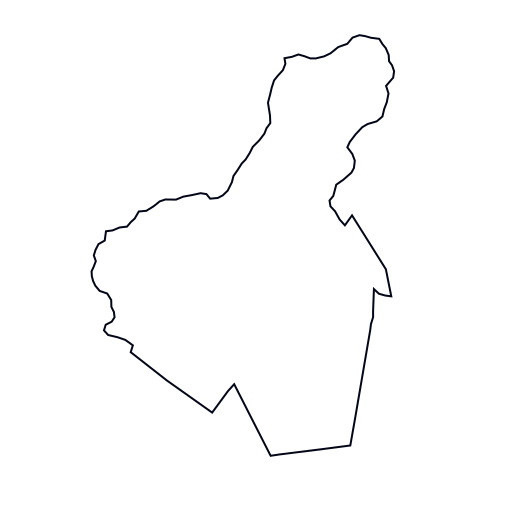 Novo Triunfo, Bahia, Brazil (Robinson projection), rotated 81°
{"feature_id": "56859067B45610866333733", "entity_name": "Novo Triunfo", "entity_type": "district", "adm_level": 2, "iso_a3": "BRA", "parent_name": "Brazil", "parent_adm1": "Bahia", "projection": "robinson", "projection_center": [-38.496, -10.365], "detail": "fine", "context": "isolated", "style": "outline", "palette": "ink", "viewbox_px": 512, "rotation_deg": 81, "n_neighbors": 0, "source": "geoboundaries", "source_scale": "gbopen_adm2", "svg_char_len": 1714}
<svg xmlns="http://www.w3.org/2000/svg" viewBox="0 0 512 512"><g transform="rotate(81 256 256)"><path d="M334.7,149.9L328.9,149.0L307.1,144.7L312.5,140.5L315.2,134.7L317.0,128.7L289.4,129.8L256.6,143.8L230.9,154.8L239.6,163.4L233.0,167.7L224.2,170.9L218.6,174.7L212.7,174.7L208.8,170.3L203.7,168.0L198.1,165.6L194.5,158.1L188.6,148.7L184.4,145.5L177.3,143.5L170.3,144.9L162.9,148.8L158.0,145.5L151.4,138.6L145.4,130.9L143.1,125.1L141.9,115.7L138.0,109.3L130.9,106.4L124.7,102.8L116.2,99.7L108.3,100.9L101.3,92.6L95.1,90.7L89.0,91.8L84.4,94.1L78.2,93.5L71.0,95.3L66.4,98.0L60.8,100.3L58.4,108.4L55.9,113.8L54.1,119.2L55.4,126.5L60.7,132.6L62.5,142.1L67.5,150.8L69.5,157.6L70.2,166.2L69.3,171.5L66.2,177.0L63.6,182.6L64.9,189.3L65.1,196.9L70.8,196.9L76.7,200.4L81.3,206.2L85.4,210.7L92.1,214.1L98.7,216.8L106.5,220.2L113.1,220.2L119.5,220.2L127.0,221.1L131.4,225.6L136.5,228.6L142.4,234.8L147.7,242.1L153.4,246.2L159.1,251.2L162.4,255.6L168.1,260.6L173.4,265.7L179.4,268.3L187.0,273.7L190.9,279.3L192.7,284.7L192.2,292.3L187.1,295.3L185.3,300.9L185.8,309.6L186.0,318.6L187.8,326.2L186.0,336.7L187.0,342.6L190.7,349.0L194.2,357.2L193.7,364.8L200.1,370.0L202.9,374.3L206.8,378.8L206.5,386.3L208.3,393.7L208.1,400.3L217.1,403.0L219.6,409.7L224.8,413.5L230.1,416.1L236.0,415.0L241.4,418.1L245.4,420.8L250.3,421.3L255.2,420.8L260.1,419.4L266.0,415.9L269.8,408.8L276.8,405.9L283.7,406.8L289.1,405.1L294.4,405.3L298.3,408.8L300.4,415.2L305.7,417.8L310.9,414.4L314.5,405.6L318.4,398.2L325.0,391.6L331.4,394.8L365.0,363.5L403.8,323.8L396.3,316.2L385.1,304.9L379.2,297.6L455.6,272.8L455.7,263.2L457.2,218.2L457.9,192.5L431.8,183.5L347.1,154.8L341.2,153.1L334.7,149.9Z" fill="none" stroke="#020617" stroke-width="2"/></g></svg>